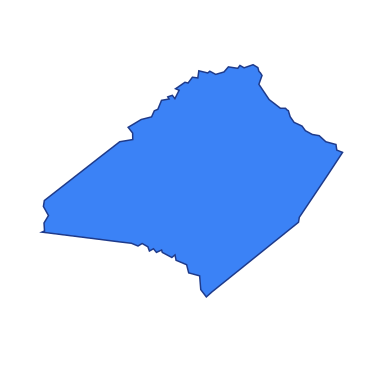 the district of San Joaquin, California, United States of America, rotated 52°
{"feature_id": "52423323B84556352970709", "entity_name": "San Joaquin", "entity_type": "district", "adm_level": 2, "iso_a3": "USA", "parent_name": "United States of America", "parent_adm1": "California", "projection": "orthographic", "projection_center": [-121.338, 37.891], "detail": "fine", "context": "isolated", "style": "filled", "palette": "blue", "viewbox_px": 384, "rotation_deg": 52, "n_neighbors": 0, "source": "geoboundaries", "source_scale": "gbopen_adm2", "svg_char_len": 1090}
<svg xmlns="http://www.w3.org/2000/svg" viewBox="0 0 384 384"><g transform="rotate(52 192 192)"><path d="M253.5,49.0L248.1,52.1L243.2,49.3L234.8,55.6L225.9,57.1L220.7,61.8L213.5,64.9L207.8,64.7L200.0,68.7L193.1,68.3L187.2,66.0L186.2,66.5L183.6,66.8L180.4,70.8L166.7,74.3L148.3,73.0L143.3,65.1L140.4,64.8L138.1,65.0L134.5,63.5L129.3,65.5L126.2,74.5L121.8,76.3L122.7,79.8L115.8,86.3L117.1,92.9L113.9,100.9L107.8,103.6L107.9,106.3L100.7,112.0L105.7,117.2L101.8,121.0L103.7,128.0L101.2,130.0L100.5,141.4L103.9,139.5L107.9,148.0L103.7,148.0L102.1,152.5L104.6,152.8L101.0,159.6L105.8,168.0L104.8,171.7L107.9,177.6L103.6,187.4L101.7,202.5L109.0,202.5L114.2,206.4L107.9,218.0L107.8,243.7L107.8,313.6L111.9,318.0L122.2,319.6L125.3,327.7L131.9,332.2L131.2,335.0L187.3,279.2L195.1,271.3L201.3,267.8L201.9,263.0L208.0,260.5L212.3,261.9L213.0,257.3L217.7,257.2L219.0,251.7L221.3,252.6L231.2,248.2L231.1,244.1L236.0,246.6L246.0,241.0L253.7,244.4L262.8,237.6L274.3,245.2L283.5,245.3L283.0,237.7L281.4,126.7L278.0,123.0L262.3,75.1L253.5,49.0Z" fill="#3b82f6" stroke="#1e3a8a" stroke-width="1.5"/></g></svg>